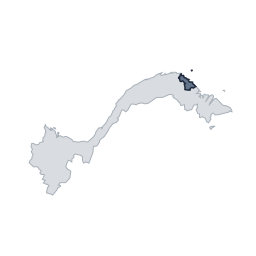 Bình Thuận on a map of Vietnam (Natural Earth projection), rotated 254°
{"feature_id": "VNM-496", "entity_name": "Bình Thuận", "entity_type": "Province", "adm_level": 1, "iso_a3": "VNM", "parent_name": "Vietnam", "parent_adm1": "", "projection": "natural_earth1", "projection_center": [108.248, 11.033], "detail": "fine", "context": "in_parent", "style": "filled", "palette": "slate", "viewbox_px": 256, "rotation_deg": 254, "n_neighbors": 0, "source": "natural_earth", "source_scale": "10m", "svg_char_len": 5619}
<svg xmlns="http://www.w3.org/2000/svg" viewBox="0 0 256 256"><g transform="rotate(254 128 128)"><path d="M154.0,49.5L152.0,49.6L149.9,51.5L147.2,52.6L146.6,55.9L144.3,57.4L143.2,56.7L141.0,57.4L138.5,56.7L139.4,60.5L136.9,63.4L137.2,65.3L136.5,66.8L132.3,71.0L131.0,71.1L130.1,71.8L128.0,76.7L127.8,80.9L126.9,83.3L125.9,84.3L125.7,85.6L128.9,92.1L131.0,94.8L133.1,96.1L136.2,100.0L135.7,101.1L136.0,103.3L134.5,102.6L134.6,102.9L136.4,104.1L139.0,108.3L143.7,112.7L144.4,114.9L148.8,118.5L148.7,119.0L151.9,121.9L152.2,123.1L154.6,122.9L156.8,126.3L157.5,126.4L157.7,127.8L161.2,133.5L164.2,136.5L165.6,141.8L167.4,145.8L167.4,148.1L170.0,158.0L169.8,159.3L169.3,158.0L169.4,161.8L169.8,163.8L169.6,166.2L171.5,170.8L171.8,175.8L170.4,173.6L169.0,175.2L170.1,178.8L168.9,178.4L169.0,183.3L169.5,184.9L169.4,185.6L168.8,184.3L168.3,186.6L168.8,188.2L168.0,189.9L166.8,190.1L166.2,193.7L164.2,194.0L162.7,195.6L160.9,196.2L157.5,199.4L155.4,199.9L154.2,202.4L152.3,202.7L145.3,207.0L144.4,205.9L143.1,205.5L142.2,203.3L141.4,206.9L140.9,207.2L139.8,206.5L138.8,205.0L137.3,206.0L138.9,206.3L139.4,207.3L139.1,208.4L135.6,208.4L138.8,209.9L139.5,210.9L137.9,212.7L137.9,214.0L137.2,214.6L135.4,213.4L131.6,209.5L136.1,215.1L136.9,217.7L135.8,218.8L134.5,218.9L132.4,217.2L129.0,213.1L127.9,212.6L131.8,218.3L132.4,219.6L131.9,221.1L123.8,225.4L121.6,229.6L119.1,232.0L116.4,232.6L114.9,232.4L116.5,230.3L115.5,229.5L115.9,218.2L116.6,215.2L118.9,214.0L118.9,213.4L118.1,211.6L116.2,211.0L115.4,209.7L113.7,210.2L110.8,206.8L112.5,205.3L116.0,205.0L118.3,202.7L118.1,200.0L118.3,199.7L121.6,200.6L122.7,199.1L127.0,198.6L128.2,200.4L129.2,200.1L131.1,201.3L131.9,201.3L131.5,199.6L131.9,197.9L128.2,194.3L128.2,189.5L129.1,189.2L130.0,187.7L134.8,188.7L135.0,185.0L138.5,184.6L139.2,183.6L141.3,183.2L144.7,180.0L146.1,179.8L146.9,180.6L148.2,179.1L148.8,176.6L147.9,169.7L149.5,163.9L146.2,154.2L146.6,150.8L147.6,149.6L148.6,146.8L148.5,143.6L148.0,142.1L148.9,141.0L150.1,138.2L149.0,136.3L145.5,133.0L144.2,130.4L146.9,128.3L147.0,127.0L141.4,122.6L140.4,120.3L139.1,121.2L138.1,120.7L136.7,118.4L136.2,114.1L135.3,113.4L133.4,110.4L130.3,107.6L126.5,103.0L125.7,101.6L125.3,99.5L123.7,97.1L122.2,96.6L119.6,93.5L119.3,92.2L120.0,90.0L118.1,88.9L114.8,87.9L105.0,80.8L107.0,78.2L106.5,75.9L106.7,75.5L109.4,75.4L113.3,76.3L115.2,74.4L116.1,72.3L117.5,70.6L117.5,69.7L116.5,68.0L114.7,68.0L113.8,65.6L110.8,64.6L112.8,63.0L113.4,61.7L110.6,59.2L107.6,57.5L105.0,58.7L103.0,60.7L102.0,61.0L95.7,58.2L92.7,52.9L93.9,48.6L94.0,47.0L92.7,46.3L92.4,45.2L91.4,47.1L90.5,47.1L89.6,43.8L88.5,43.1L84.2,37.1L85.6,35.9L87.6,32.4L88.4,31.8L92.7,34.1L94.4,36.1L96.3,34.8L96.3,34.1L98.6,31.5L100.6,34.1L102.1,31.4L105.9,34.8L106.5,34.2L107.3,31.8L108.3,31.1L109.2,31.0L110.2,32.4L111.0,32.5L112.9,31.1L114.8,30.8L116.1,29.5L116.5,26.8L117.0,26.3L121.9,23.4L123.8,24.9L125.1,27.2L126.8,27.8L128.6,29.4L130.0,29.2L130.5,28.6L132.2,28.7L133.8,30.3L136.9,29.6L139.8,31.4L138.8,33.4L137.4,34.3L137.0,35.4L137.0,37.6L138.2,39.1L138.3,42.8L139.1,42.5L142.0,43.6L143.1,45.4L144.5,46.5L145.6,46.6L146.5,48.0L147.5,47.6L148.0,48.2L150.0,48.0L151.4,47.4L154.0,49.5ZM106.4,207.1L106.5,209.4L105.8,212.2L105.0,209.2L103.8,207.3L105.5,206.6L106.4,207.1ZM149.5,53.6L147.8,55.4L147.1,55.4L148.0,52.9L149.5,53.6ZM142.7,60.3L142.2,60.3L141.2,59.2L141.8,58.6L142.8,59.0L143.1,59.5L142.7,60.3ZM148.5,57.7L147.9,58.1L147.1,58.1L148.9,56.2L148.5,57.7ZM139.9,57.7L140.6,59.6L139.6,58.6L139.9,57.7ZM144.4,206.3L143.1,207.8L143.0,207.1L144.4,206.3ZM137.8,231.0L136.8,231.0L137.9,230.0L137.8,231.0Z" fill="#d9dde1" stroke="#a8b0b8" stroke-width="1"/><path d="M165.2,193.9L164.8,193.7L164.6,193.7L164.4,193.8L164.2,193.9L163.8,194.2L163.6,194.4L163.5,194.5L163.4,194.8L163.3,195.5L163.2,195.8L162.9,195.9L162.7,195.9L162.4,195.7L162.2,195.7L162.1,195.8L161.8,195.9L161.7,195.9L161.2,195.9L161.2,196.0L160.7,196.3L160.5,196.5L160.3,196.7L160.2,197.0L160.1,197.5L159.7,197.7L159.6,197.8L159.1,198.0L158.8,198.1L158.7,198.1L158.6,198.3L158.5,199.0L158.4,199.1L158.2,199.1L157.9,199.7L157.7,199.2L157.4,199.1L155.9,199.5L155.5,199.6L155.4,199.8L155.3,200.0L155.0,200.3L155.0,200.5L154.9,200.7L154.8,201.1L154.7,201.7L154.2,202.7L153.5,202.4L153.2,202.4L152.8,202.5L152.1,202.8L151.6,203.3L151.4,203.4L151.0,203.6L150.2,204.1L149.9,204.1L149.6,204.2L149.2,204.5L149.1,203.9L148.4,201.9L148.9,201.3L149.1,201.0L149.3,200.6L149.3,200.1L149.2,199.7L149.1,199.3L149.0,199.0L148.9,198.7L148.7,198.6L148.5,198.4L148.3,198.4L148.1,198.5L147.9,198.4L147.7,198.3L147.4,198.1L147.3,197.9L147.4,197.7L147.6,197.3L147.7,197.1L147.7,196.7L147.9,196.3L148.1,195.9L148.2,195.5L148.3,195.3L148.6,194.8L148.7,194.4L149.0,193.8L149.1,193.6L149.3,193.5L149.3,193.4L149.5,193.3L150.1,193.6L150.5,193.8L150.9,193.9L151.3,194.0L154.4,194.2L154.6,194.3L154.8,194.4L154.9,194.6L154.9,194.8L154.9,195.0L154.9,195.3L154.9,195.5L155.0,195.6L155.4,195.4L155.7,194.8L155.8,194.6L156.1,194.5L156.4,194.4L156.9,194.3L157.3,194.1L157.6,193.9L157.9,193.6L158.2,193.4L158.3,193.2L158.3,192.9L158.1,192.6L158.1,192.3L158.0,192.1L158.0,191.8L158.1,191.6L158.2,191.4L158.4,191.3L158.7,191.1L158.9,191.0L160.5,191.0L161.1,191.2L161.3,191.3L161.4,191.2L161.5,191.1L161.7,190.7L161.8,190.5L162.3,190.5L162.5,190.6L162.8,190.9L162.8,191.0L162.9,191.4L162.9,191.6L163.0,191.7L163.1,191.8L163.4,191.9L163.5,192.0L163.6,192.5L163.7,192.8L163.8,192.8L164.2,192.7L164.4,192.8L164.8,193.0L165.0,193.2L165.1,193.5L165.2,193.9L165.2,193.9ZM165.7,204.8L165.9,205.0L166.0,205.3L165.9,205.5L165.7,205.5L165.5,205.3L165.5,205.1L165.5,204.9L165.7,204.8Z" fill="#64748b" stroke="#1e293b" stroke-width="1.5"/></g></svg>